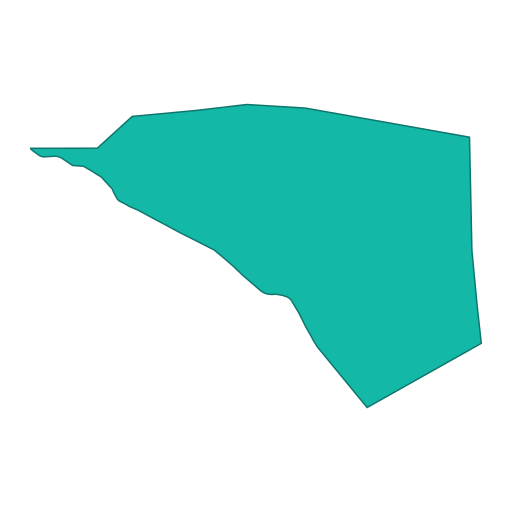 outline of Bayantal, Dornogovi, Mongolia
{"feature_id": "93677404B54852332365527", "entity_name": "Bayantal", "entity_type": "district", "adm_level": 2, "iso_a3": "MNG", "parent_name": "Mongolia", "parent_adm1": "Dornogovi", "projection": "natural_earth1", "projection_center": [108.074, 46.665], "detail": "fine", "context": "isolated", "style": "filled", "palette": "teal", "viewbox_px": 512, "rotation_deg": 0, "n_neighbors": 0, "source": "geoboundaries", "source_scale": "gbopen_adm2", "svg_char_len": 1015}
<svg xmlns="http://www.w3.org/2000/svg" viewBox="0 0 512 512"><path d="M30.7,148.3L31.0,149.2L32.0,150.1L34.0,151.6L36.8,153.7L37.7,154.3L39.1,155.4L40.3,156.0L41.0,156.2L41.8,156.5L42.2,156.7L42.7,156.8L43.0,156.8L46.8,156.7L54.7,156.2L55.1,156.2L56.9,156.4L57.9,156.6L58.2,156.6L61.3,157.9L68.3,162.6L72.7,165.5L78.1,165.9L83.4,166.2L92.1,171.3L96.5,174.1L101.3,177.0L108.0,184.4L109.7,186.2L111.2,187.8L112.1,188.7L114.0,193.1L117.1,198.7L118.8,200.7L121.7,202.2L124.5,203.6L129.7,206.6L137.7,210.0L152.9,218.2L180.0,232.7L186.8,236.1L214.0,249.9L217.4,252.7L225.0,259.0L232.9,265.9L242.8,275.4L261.0,291.0L263.2,292.4L265.8,293.6L268.6,294.2L271.9,294.5L275.7,294.2L282.3,295.3L286.9,296.8L289.2,298.1L291.2,300.1L292.9,302.9L299.2,313.6L304.1,323.5L305.9,327.1L310.6,335.3L314.0,341.6L315.3,343.6L317.4,347.0L367.1,407.5L481.3,343.3L477.3,307.3L471.9,250.3L469.5,137.2L305.5,108.1L246.8,104.5L196.5,110.4L132.2,116.4L97.3,148.2L32.4,148.3L30.7,148.3Z" fill="#14b8a6" stroke="#0f766e" stroke-width="1.5"/></svg>